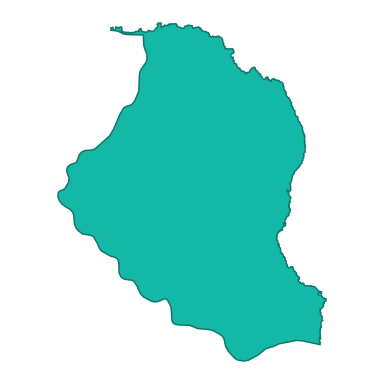 outline of Cabrera, María Trinidad Sánchez, Dominican Republic
{"feature_id": "3306468B70752003572919", "entity_name": "Cabrera", "entity_type": "district", "adm_level": 2, "iso_a3": "DOM", "parent_name": "Dominican Republic", "parent_adm1": "María Trinidad Sánchez", "projection": "robinson", "projection_center": [-69.932, 19.577], "detail": "fine", "context": "isolated", "style": "filled", "palette": "teal", "viewbox_px": 384, "rotation_deg": 0, "n_neighbors": 0, "source": "geoboundaries", "source_scale": "gbopen_adm2", "svg_char_len": 5889}
<svg xmlns="http://www.w3.org/2000/svg" viewBox="0 0 384 384"><path d="M302.2,340.8L320.0,344.6L320.0,342.8L320.4,342.8L320.4,342.4L319.6,342.4L319.6,339.3L320.4,338.9L320.0,338.4L320.4,338.0L320.4,337.1L320.0,337.1L320.4,336.7L320.0,330.5L320.4,330.5L320.4,328.3L321.5,327.0L321.2,326.6L320.8,322.2L321.9,321.3L321.9,320.0L322.3,320.0L321.9,319.6L322.3,316.5L321.1,315.6L320.8,313.9L320.4,313.9L320.8,312.5L320.4,312.5L320.0,309.9L320.4,309.9L320.4,309.0L321.1,309.0L323.4,306.4L323.4,303.8L323.8,303.8L323.8,302.9L324.2,302.9L324.2,302.0L325.0,301.1L325.7,301.1L326.1,298.9L325.0,298.9L324.2,298.1L323.4,298.1L321.1,295.4L318.9,295.0L318.1,294.1L318.5,292.8L319.2,292.4L320.0,293.2L321.5,293.7L321.5,291.9L318.5,291.0L314.7,286.7L311.3,286.2L311.3,285.8L304.8,285.8L304.0,284.9L304.0,284.0L302.5,283.6L302.5,283.2L302.1,283.6L300.2,283.2L300.2,282.3L298.3,281.0L298.3,279.6L299.1,279.2L299.4,277.5L298.7,276.6L297.9,276.6L297.2,275.3L296.4,275.3L296.4,273.1L294.9,271.3L293.7,270.9L293.3,268.2L292.6,267.8L292.6,266.9L291.1,266.5L289.9,267.8L288.8,267.8L287.3,266.5L287.3,265.2L286.9,265.2L286.5,263.4L286.1,263.4L286.1,260.8L285.0,259.9L285.0,257.7L284.2,257.7L284.2,256.8L283.4,256.8L283.1,254.6L281.5,252.9L280.8,252.9L280.8,252.0L280.4,252.0L280.8,251.6L280.4,248.1L279.2,247.2L279.2,245.4L278.5,245.4L278.9,244.1L278.1,244.1L277.7,241.0L277.0,240.6L277.0,239.3L276.6,239.3L276.6,236.7L277.0,236.7L277.3,233.1L278.1,233.1L278.5,231.8L279.2,231.8L279.2,231.0L280.4,231.0L280.8,230.1L281.2,230.5L282.3,230.1L282.7,227.0L285.3,225.7L285.7,223.1L285.0,222.6L283.8,224.4L283.4,224.4L283.4,223.1L284.2,223.1L285.0,222.2L285.0,219.6L285.7,219.1L285.7,218.2L286.1,218.2L286.1,217.4L286.9,216.5L287.6,216.5L288.8,215.2L288.8,213.4L289.9,212.1L290.3,209.9L289.9,209.9L289.9,208.6L289.5,208.6L289.2,206.8L288.8,206.8L288.8,205.1L289.2,205.1L289.5,202.4L290.3,202.0L289.9,201.6L289.9,199.4L290.7,198.5L290.7,197.2L289.2,195.9L288.8,193.7L288.4,193.7L288.4,191.9L287.2,191.5L287.2,190.2L288.4,191.5L289.5,191.5L290.7,190.2L290.3,182.7L290.7,182.7L291.1,181.0L291.4,181.0L292.6,175.2L294.1,173.5L294.9,170.9L296.0,170.4L297.9,167.8L298.7,167.8L299.1,166.5L299.8,166.0L299.8,165.2L301.7,163.4L302.1,161.2L302.9,160.3L302.9,158.6L303.6,157.7L303.6,155.1L304.0,155.1L303.6,153.8L305.1,152.0L305.1,146.7L305.5,146.7L305.1,144.5L304.8,144.5L304.8,141.0L304.4,141.0L304.8,136.2L304.4,136.2L304.0,133.6L303.6,133.6L302.9,130.9L302.5,130.9L302.5,127.4L301.7,126.6L301.7,125.7L300.6,124.8L300.2,123.0L299.1,121.7L298.3,121.7L297.9,117.3L297.2,116.5L296.4,116.5L295.6,115.6L295.6,114.7L294.9,114.3L294.9,110.8L293.3,109.5L292.2,105.9L291.4,105.5L291.4,102.4L290.7,102.0L289.9,99.4L289.1,98.9L288.8,97.6L288.0,97.6L286.1,95.4L286.1,92.3L285.3,91.9L285.3,91.0L283.8,89.3L283.8,86.6L283.4,86.6L283.0,83.6L281.9,82.3L280.0,81.8L278.9,80.5L277.0,80.5L277.0,80.1L274.7,79.6L274.7,79.2L273.5,79.2L273.5,78.7L272.0,79.2L271.3,80.1L271.3,80.9L269.7,80.9L269.3,79.6L267.8,79.6L268.2,77.9L267.4,77.0L265.9,77.4L265.2,79.2L263.3,79.2L262.1,77.9L262.1,77.0L260.6,75.7L260.6,74.8L259.4,73.5L258.7,73.5L256.8,70.4L256.0,70.4L255.3,69.5L255.3,68.7L254.9,68.7L254.9,67.8L254.1,67.8L254.1,67.3L251.8,68.2L251.1,69.1L251.1,70.0L250.3,70.0L249.2,72.2L246.9,72.6L246.5,73.5L245.4,73.5L245.0,72.2L244.2,72.2L243.8,71.3L241.9,71.3L241.5,70.4L240.8,70.4L240.0,69.5L240.0,68.7L239.3,68.7L238.9,67.8L238.1,67.8L237.0,66.5L236.6,64.3L235.8,64.3L235.5,63.4L233.9,63.4L233.9,61.2L234.3,60.8L232.8,59.4L233.2,57.3L231.3,57.3L230.9,56.8L230.9,54.6L231.6,53.7L232.8,53.7L233.5,52.9L233.5,52.0L233.9,52.0L233.2,49.4L232.4,49.4L232.4,48.9L225.9,48.9L225.9,48.5L225.2,48.5L224.8,46.3L223.3,45.0L223.7,43.2L222.9,42.3L222.5,39.3L221.0,37.5L219.5,37.1L219.1,36.2L217.6,36.2L217.6,36.6L216.4,36.6L216.4,37.1L212.6,36.2L211.8,37.1L210.7,37.1L209.9,35.8L209.2,35.8L209.2,34.0L208.8,34.0L208.4,32.7L206.5,32.3L205.8,31.4L203.1,31.4L201.2,29.6L200.8,28.3L200.0,28.3L199.3,27.4L198.1,27.4L198.1,27.0L192.8,28.3L192.1,25.7L187.9,25.2L187.9,25.7L185.2,26.1L183.7,28.3L181.4,28.3L180.6,27.4L177.6,27.0L177.6,26.1L176.8,25.7L176.8,24.8L176.1,23.9L170.3,23.9L170.3,24.4L169.2,24.4L169.2,24.8L168.4,24.4L167.3,25.7L164.6,25.2L164.6,25.7L163.9,25.7L163.9,26.1L162.3,26.6L161.6,27.4L160.8,26.6L161.2,23.5L160.8,23.0L158.2,23.0L157.8,24.4L157.4,24.4L157.8,24.8L157.4,27.4L155.5,28.7L154.3,30.9L150.2,31.4L150.2,30.9L148.3,30.5L146.7,32.3L142.9,31.8L141.4,30.5L141.0,28.7L139.9,28.7L139.1,29.6L139.1,30.5L138.7,30.5L138.7,31.4L135.7,31.4L134.9,32.3L130.4,32.7L130.4,33.1L128.1,32.7L128.1,32.3L125.8,32.7L125.8,32.3L122.0,31.8L121.6,31.4L121.6,30.1L122.0,30.1L121.6,27.0L120.1,27.0L119.3,27.9L115.9,27.0L115.5,27.4L115.5,30.1L113.6,30.1L112.9,27.4L110.9,27.9L110.9,30.1L110.2,30.2L117.6,31.0L123.3,33.8L126.2,34.5L143.4,35.0L143.7,44.8L144.4,47.9L146.9,54.1L147.0,59.3L146.1,62.3L141.3,69.1L139.9,72.0L139.3,76.5L138.8,91.4L134.5,101.3L131.4,104.7L125.7,106.7L123.6,108.1L119.9,114.3L113.8,128.8L109.6,135.9L95.0,148.9L92.1,149.9L84.5,150.7L81.9,151.8L79.4,154.5L76.6,162.0L75.3,162.9L70.5,164.5L67.8,166.8L67.0,168.4L66.7,171.4L69.1,178.2L68.7,182.1L64.7,188.8L59.1,191.5L58.2,193.0L57.9,196.9L59.4,200.8L62.1,204.1L65.4,206.7L70.3,209.5L72.7,212.3L73.7,215.1L74.6,224.5L76.4,228.4L78.5,230.9L82.6,234.0L90.9,235.4L93.3,236.5L97.0,242.6L99.7,248.8L101.5,251.0L110.3,256.0L115.4,257.5L117.5,258.9L118.8,262.6L119.1,272.6L120.7,276.4L122.0,277.8L124.4,279.2L131.6,280.2L134.0,281.3L137.3,286.6L140.0,292.8L141.6,295.1L143.7,297.0L151.0,301.0L153.7,301.8L157.5,301.7L164.4,298.9L166.0,299.1L167.5,300.1L171.1,307.2L172.0,320.4L172.7,322.3L174.0,323.8L177.8,324.9L189.8,325.3L197.6,328.5L209.5,329.6L212.3,330.2L219.6,334.1L222.5,336.4L224.0,338.9L225.8,346.8L228.4,351.3L234.8,358.3L237.4,359.9L243.2,361.0L248.1,360.4L258.0,355.0L266.0,348.6L273.4,346.5L279.1,343.8L294.8,340.7L294.8,340.3L302.2,340.8Z" fill="#14b8a6" stroke="#0f766e" stroke-width="1.5"/></svg>